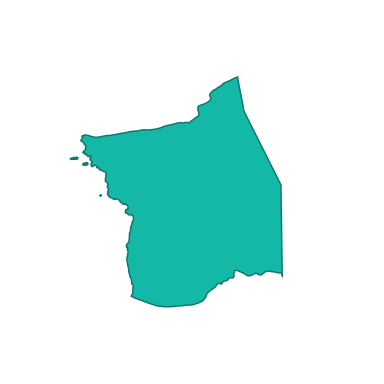 outline of Maekel Deb.Keih Bahri, Debubawi Keyih Bahri, Eritrea, rotated 215°
{"feature_id": "51966322B58552537539737", "entity_name": "Maekel Deb.Keih Bahri", "entity_type": "district", "adm_level": 2, "iso_a3": "ERI", "parent_name": "Eritrea", "parent_adm1": "Debubawi Keyih Bahri", "projection": "albers", "projection_center": [41.68, 13.747], "detail": "fine", "context": "isolated", "style": "filled", "palette": "teal", "viewbox_px": 384, "rotation_deg": 215, "n_neighbors": 0, "source": "geoboundaries", "source_scale": "gbopen_adm2", "svg_char_len": 5961}
<svg xmlns="http://www.w3.org/2000/svg" viewBox="0 0 384 384"><g transform="rotate(215 192 192)"><path d="M70.0,175.1L123.3,248.9L195.4,287.8L196.0,288.4L196.8,288.8L200.7,292.9L217.3,308.9L220.6,312.4L221.6,311.1L222.5,309.4L223.2,308.4L224.8,305.1L225.9,303.2L226.7,302.1L228.7,298.7L228.7,297.7L229.3,295.3L230.7,292.5L231.2,290.8L231.4,289.8L232.0,289.1L233.0,286.8L233.4,284.3L233.5,282.9L233.3,282.0L232.6,280.9L231.1,280.4L230.4,279.7L230.2,279.2L229.8,277.5L230.0,276.4L231.3,273.0L235.6,266.7L235.9,265.8L235.8,264.9L235.1,263.7L233.8,262.3L232.1,260.8L230.8,259.3L230.5,258.6L230.6,257.5L231.3,255.9L232.5,252.1L233.3,250.1L233.8,247.4L234.5,246.9L235.5,246.4L237.7,244.9L239.6,242.8L241.1,242.2L243.1,240.6L247.7,235.1L251.5,231.0L252.6,229.5L254.5,226.5L258.4,222.1L262.9,218.1L266.2,215.9L268.3,214.4L271.4,211.0L275.7,207.4L277.9,205.3L280.5,202.4L285.4,197.7L286.8,196.1L290.4,192.5L292.6,190.5L294.2,189.4L300.3,183.1L302.0,181.7L303.3,181.0L305.9,179.9L309.0,179.0L312.2,177.5L313.9,175.3L313.8,174.8L314.0,174.5L313.2,174.2L312.8,173.9L312.9,173.5L312.6,173.0L312.9,171.6L312.6,171.2L312.3,170.3L311.7,170.0L311.2,170.2L310.8,170.2L310.1,170.5L309.8,170.5L308.4,169.8L308.2,169.6L307.9,169.6L307.2,169.1L306.7,169.3L305.8,169.1L304.6,167.2L304.0,166.7L304.0,166.4L303.7,165.9L303.9,164.7L303.7,164.4L303.7,164.1L304.2,162.9L303.9,162.5L304.1,162.1L303.9,161.7L303.6,161.6L303.0,161.7L302.8,162.1L302.5,162.3L302.2,161.9L301.3,161.7L300.9,162.3L300.4,162.5L300.2,162.4L300.5,161.8L300.2,161.7L299.6,161.9L298.6,162.0L298.6,161.9L298.2,161.9L297.7,161.4L297.5,161.6L297.5,161.9L297.2,162.1L296.8,162.1L296.5,162.5L295.8,162.7L295.7,163.2L295.5,163.4L295.2,163.5L294.8,162.9L295.0,162.1L294.7,161.4L294.8,161.3L294.9,160.9L294.8,160.6L293.9,160.3L293.6,160.0L292.7,160.0L292.2,159.5L291.7,159.5L291.2,159.7L290.9,159.5L290.7,159.1L290.5,158.1L290.9,157.3L290.2,156.5L289.7,156.1L289.7,155.9L289.3,155.8L288.9,155.4L288.5,155.4L288.0,155.7L288.0,156.6L287.5,157.0L287.3,157.5L287.2,158.1L286.2,158.5L285.3,158.6L283.9,157.4L283.1,157.6L282.6,158.1L281.8,158.2L280.9,157.3L280.5,157.2L279.7,157.4L279.2,158.0L277.9,158.0L276.6,157.9L275.6,158.2L275.1,158.8L274.1,158.7L273.2,158.4L272.8,158.0L272.4,157.4L272.5,156.5L271.9,156.2L271.4,155.7L271.3,154.7L270.9,153.8L270.6,153.5L270.3,153.6L270.1,153.4L269.9,152.8L270.0,152.2L269.7,151.7L269.2,151.2L267.3,151.1L266.9,150.9L266.7,150.9L266.2,150.6L265.8,150.1L265.5,150.1L265.2,150.0L264.6,148.9L264.6,148.1L264.4,147.5L262.0,146.5L261.6,145.7L261.4,144.0L260.7,143.6L260.2,141.9L259.8,141.8L259.7,141.5L258.8,141.4L258.4,141.0L256.8,140.6L255.5,140.8L255.4,140.9L255.0,141.1L251.7,141.2L251.4,141.7L250.5,142.2L250.3,142.8L249.7,143.0L249.4,143.3L248.9,143.6L246.4,143.5L246.1,143.4L245.9,143.1L245.2,143.0L244.9,142.6L244.0,142.6L243.3,142.9L242.4,142.9L241.3,142.4L240.7,142.9L240.6,143.5L239.6,143.6L239.1,144.0L238.5,144.1L236.6,143.6L235.7,143.0L235.3,142.5L234.8,141.3L234.8,140.7L235.2,140.7L235.5,140.1L235.9,140.0L236.0,139.5L236.0,139.2L235.7,139.1L235.6,138.3L235.1,137.5L234.8,137.4L234.7,136.9L233.4,136.9L232.6,137.5L232.3,137.5L231.5,137.1L231.3,136.8L231.0,136.8L230.4,137.2L229.6,138.4L228.9,138.4L228.3,138.2L227.5,138.4L227.4,138.8L227.1,138.8L226.0,138.4L225.1,137.3L224.2,135.5L223.7,134.1L223.7,132.8L223.3,132.3L223.4,132.1L223.5,132.2L223.2,131.8L222.8,131.0L222.4,129.4L222.0,128.7L222.1,128.0L221.8,127.9L221.7,127.6L221.5,127.1L221.3,127.0L221.2,126.6L220.7,126.1L220.2,124.5L219.9,124.1L219.4,122.5L219.4,122.1L219.2,122.1L218.3,120.3L216.9,118.4L216.7,117.8L216.4,117.7L216.1,116.9L215.8,116.4L215.3,114.8L215.2,110.6L213.9,109.2L213.5,109.1L213.1,109.6L212.5,109.4L212.1,108.7L212.0,107.8L210.6,106.9L209.5,105.6L209.1,104.5L209.2,104.0L208.5,103.4L208.2,102.9L207.9,102.4L207.9,101.8L207.5,100.7L207.0,99.8L205.6,98.4L205.1,97.7L204.8,97.5L204.5,97.1L203.6,96.3L203.0,95.5L201.9,94.6L201.8,94.3L201.3,94.1L200.3,93.2L199.0,91.7L198.6,91.0L197.7,90.2L197.6,89.9L196.2,89.0L195.2,87.9L194.7,87.6L194.1,86.9L192.9,86.4L191.9,86.2L191.3,85.2L189.9,83.9L189.8,83.5L189.2,82.7L188.5,82.2L187.6,82.2L187.0,82.0L186.2,81.3L185.7,80.0L185.0,79.3L184.3,77.6L183.9,76.9L183.2,76.2L182.4,74.9L182.2,73.1L181.8,71.6L180.9,72.1L180.3,72.2L178.2,72.3L176.2,72.9L174.6,73.2L171.8,74.1L164.1,76.0L156.1,78.4L154.0,79.3L148.3,82.5L145.1,84.8L141.0,88.0L139.0,89.8L139.0,90.0L135.7,92.4L132.3,95.5L130.7,96.9L128.3,98.7L126.9,99.9L122.9,105.0L122.0,106.9L121.2,108.1L120.7,109.3L120.4,113.0L120.6,114.5L121.3,117.0L121.4,117.9L120.9,120.5L120.2,122.7L119.4,124.6L118.6,127.2L118.4,128.9L118.6,131.1L118.2,132.0L117.2,132.9L116.8,133.1L115.6,133.2L115.2,133.5L115.0,134.4L115.2,136.5L114.2,137.9L112.8,139.2L112.3,140.3L112.2,140.9L112.5,142.8L112.3,143.2L111.2,143.9L110.9,143.9L109.6,144.8L109.0,145.8L109.1,146.8L109.6,147.5L110.4,148.3L110.9,149.4L111.7,151.6L111.6,152.4L110.8,153.2L109.9,153.7L106.6,154.4L102.7,155.1L99.0,155.2L97.4,155.9L96.5,156.6L95.4,158.0L93.9,160.9L93.6,161.4L92.9,162.1L91.7,162.4L89.4,162.8L88.0,163.6L87.4,164.3L86.8,167.1L86.5,167.8L85.3,170.0L84.3,171.0L82.7,171.8L81.3,172.3L79.0,173.7L75.4,175.0L73.8,176.2L72.8,176.7L71.9,176.7L70.5,175.3L70.0,175.1ZM310.4,149.9L310.8,149.8L310.7,149.5L310.5,149.4L309.7,149.4L309.4,149.7L309.1,150.1L308.6,150.2L308.3,150.6L307.1,151.2L306.9,151.6L306.1,152.0L304.7,153.4L304.8,154.2L305.4,154.6L305.9,154.5L306.1,154.3L306.5,154.2L306.7,153.9L307.0,153.8L307.8,152.8L308.2,152.5L308.7,152.5L309.2,151.3L310.0,150.7L310.1,150.2L310.4,149.9ZM297.4,152.8L297.0,152.6L297.0,151.8L296.8,151.5L295.9,152.3L294.6,152.6L294.5,153.0L293.5,153.9L293.6,154.3L293.3,154.7L293.4,154.8L293.5,155.6L294.3,155.6L294.5,155.9L295.0,155.8L295.2,155.6L295.4,155.0L295.9,154.9L296.0,154.5L296.4,154.2L296.1,153.7L296.5,153.2L296.7,152.9L297.4,153.1L297.4,152.8ZM265.1,137.4L265.3,137.1L265.4,136.3L265.2,136.1L264.8,136.0L264.5,136.2L264.3,137.2L264.4,137.4L265.1,137.4Z" fill="#14b8a6" stroke="#0f766e" stroke-width="1.5"/></g></svg>